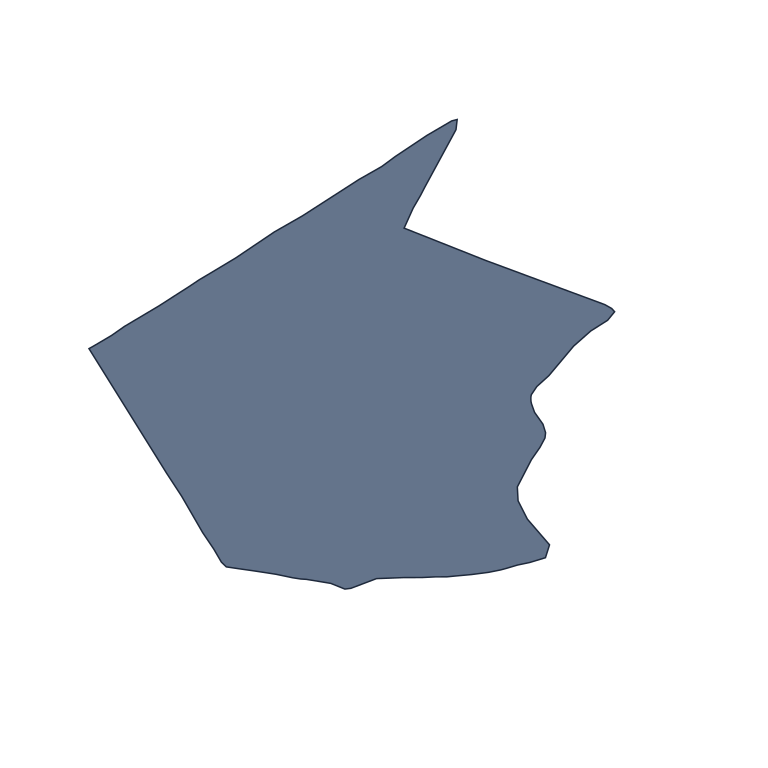 Tactic, Alta Verapaz, Guatemala (Albers equal-area conic projection), rotated 314°
{"feature_id": "79465075B42752756974630", "entity_name": "Tactic", "entity_type": "district", "adm_level": 2, "iso_a3": "GTM", "parent_name": "Guatemala", "parent_adm1": "Alta Verapaz", "projection": "albers", "projection_center": [-90.334, 15.294], "detail": "fine", "context": "isolated", "style": "filled", "palette": "slate", "viewbox_px": 768, "rotation_deg": 314, "n_neighbors": 0, "source": "geoboundaries", "source_scale": "gbopen_adm2", "svg_char_len": 1119}
<svg xmlns="http://www.w3.org/2000/svg" viewBox="0 0 768 768"><g transform="rotate(314 384 384)"><path d="M204.5,147.2L168.8,289.6L162.7,316.4L151.1,356.9L147.0,376.2L142.9,390.8L142.9,397.6L150.4,408.1L158.6,419.4L166.7,430.8L172.1,438.5L177.4,446.9L181.1,452.8L185.9,459.6L189.5,463.8L203.6,484.2L209.3,498.3L214.0,502.1L238.8,513.8L258.6,532.8L271.1,545.7L280.8,554.8L289.2,563.4L294.5,567.9L307.7,579.3L321.1,590.0L331.2,597.0L336.2,600.0L346.5,605.8L356.8,612.8L371.2,620.8L383.3,614.8L386.4,581.0L393.1,561.6L402.6,551.4L432.0,542.6L446.8,540.2L457.0,537.3L461.2,534.1L465.5,526.3L468.2,512.0L472.2,503.9L473.6,501.8L475.3,500.0L476.8,498.6L478.7,497.4L488.4,495.7L504.5,496.8L543.0,494.1L565.8,495.9L585.2,500.6L596.2,499.7L596.5,495.3L594.5,487.7L579.3,453.0L543.5,371.3L510.1,290.2L530.8,282.8L545.0,279.3L553.7,276.7L617.0,259.1L625.1,252.9L620.2,249.9L592.7,242.2L555.6,234.1L538.9,231.3L513.7,223.9L448.2,208.5L417.3,199.5L371.4,189.7L338.7,180.9L330.7,178.7L316.1,175.5L301.5,172.0L284.0,167.9L245.2,157.3L229.7,154.3L208.8,148.5L204.5,147.2Z" fill="#64748b" stroke="#1e293b" stroke-width="1.5"/></g></svg>